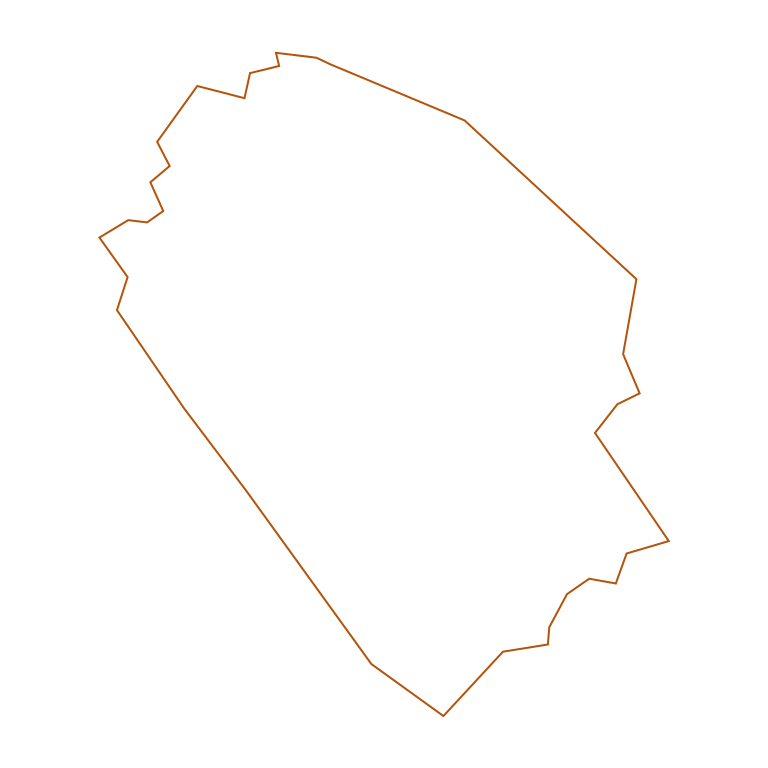 Braxton, West Virginia, United States of America, rotated 269°
{"feature_id": "52423323B93118909799031", "entity_name": "Braxton", "entity_type": "district", "adm_level": 2, "iso_a3": "USA", "parent_name": "United States of America", "parent_adm1": "West Virginia", "projection": "natural_earth1", "projection_center": [-80.697, 38.706], "detail": "fine", "context": "isolated", "style": "outline", "palette": "amber", "viewbox_px": 768, "rotation_deg": 269, "n_neighbors": 0, "source": "geoboundaries", "source_scale": "gbopen_adm2", "svg_char_len": 585}
<svg xmlns="http://www.w3.org/2000/svg" viewBox="0 0 768 768"><g transform="rotate(269 384 384)"><path d="M484.4,638.2L646.1,469.2L704.4,336.3L711.4,322.1L717.0,281.8L703.8,284.7L697.2,255.5L672.2,249.5L685.2,202.5L630.1,161.4L605.7,173.5L589.8,153.9L560.8,166.3L549.7,149.9L552.3,131.1L535.4,102.0L495.4,129.5L462.5,118.3L363.5,183.4L280.5,243.8L104.2,366.5L51.0,437.6L114.3,498.3L120.7,543.3L137.9,545.0L170.7,563.3L185.7,585.7L180.5,612.3L210.3,623.6L222.0,666.0L331.4,594.1L359.7,617.0L370.2,639.4L409.7,623.6L484.4,638.2Z" fill="none" stroke="#b45309" stroke-width="2"/></g></svg>